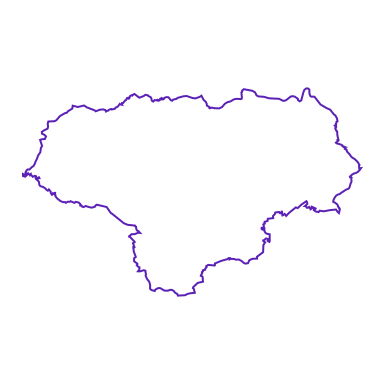 outline of Boiu Mare, Maramures, Romania
{"feature_id": "2599482B25280106664114", "entity_name": "Boiu Mare", "entity_type": "district", "adm_level": 2, "iso_a3": "ROU", "parent_name": "Romania", "parent_adm1": "Maramures", "projection": "natural_earth1", "projection_center": [23.582, 47.399], "detail": "fine", "context": "isolated", "style": "outline", "palette": "violet", "viewbox_px": 384, "rotation_deg": 0, "n_neighbors": 0, "source": "geoboundaries", "source_scale": "gbopen_adm2", "svg_char_len": 5927}
<svg xmlns="http://www.w3.org/2000/svg" viewBox="0 0 384 384"><path d="M338.9,213.1L339.9,209.1L339.1,208.5L339.2,207.7L338.0,206.6L337.8,205.3L336.9,204.1L334.9,202.6L333.2,201.8L333.4,200.4L334.4,198.1L335.9,195.9L337.5,194.7L339.9,194.0L340.8,193.1L346.0,189.7L348.8,188.5L349.5,187.3L350.6,183.6L351.5,181.7L351.3,178.2L351.6,177.6L350.8,176.9L350.1,177.2L349.9,176.7L352.3,174.4L354.2,173.4L355.7,173.1L357.7,172.0L359.5,170.2L361.0,168.1L359.2,168.3L359.0,165.8L359.5,165.0L357.8,162.1L354.6,159.0L352.1,157.5L351.1,156.5L349.6,154.3L346.9,151.4L346.7,150.0L345.0,149.0L345.5,148.4L343.5,146.9L344.4,146.8L342.5,146.0L342.3,145.3L341.6,144.8L336.5,143.3L335.9,142.7L337.6,141.3L337.5,140.9L338.1,140.6L337.8,140.1L338.5,140.1L337.4,135.5L337.1,131.3L336.5,131.1L335.3,128.7L335.4,127.4L336.0,127.5L336.2,127.0L335.3,126.0L335.9,126.0L336.2,125.1L336.1,124.7L335.6,125.1L335.6,124.1L336.5,122.7L336.5,121.8L337.5,121.3L337.0,118.5L335.4,115.5L333.9,114.4L330.2,109.7L326.6,108.1L320.5,104.5L314.7,97.0L314.0,96.6L311.3,96.7L310.4,96.1L309.5,93.9L309.3,89.6L308.4,88.7L307.7,88.4L306.3,88.4L304.4,89.8L303.4,92.3L301.3,100.3L299.7,101.3L297.9,100.0L297.9,98.9L297.0,98.2L294.9,96.7L293.0,96.2L290.8,96.5L285.8,100.4L283.3,100.9L279.1,98.8L269.0,98.3L263.9,96.8L258.4,96.4L256.5,95.3L255.1,92.4L252.4,90.8L243.8,89.2L242.1,90.6L242.1,91.8L241.4,92.4L241.9,97.6L241.6,98.8L240.5,99.1L236.5,98.8L233.8,99.4L230.5,101.4L227.4,102.2L224.8,103.8L222.1,107.0L219.2,108.4L214.5,108.2L211.9,107.6L210.0,108.3L209.4,108.1L209.4,107.0L206.9,105.6L206.7,103.8L205.9,102.0L203.6,99.8L201.4,95.7L199.9,96.8L195.4,98.4L192.5,98.0L186.6,96.0L183.4,96.3L177.5,97.9L176.6,98.8L173.0,99.7L172.3,100.7L170.9,100.3L168.5,97.3L166.4,97.1L164.3,97.9L163.8,99.1L163.0,99.4L161.9,99.3L162.5,98.6L161.5,98.0L160.7,98.9L160.2,98.8L159.9,99.2L160.2,99.7L159.3,99.9L159.1,100.4L158.1,100.1L157.9,100.6L157.1,99.8L156.1,100.4L154.5,100.1L153.4,101.5L152.4,101.2L151.7,100.3L151.3,98.2L150.5,97.0L148.4,96.1L147.9,95.3L145.4,94.8L143.6,96.1L139.3,97.7L134.5,94.0L133.6,94.3L132.4,95.5L132.0,95.1L130.2,95.9L129.6,97.3L128.7,97.6L128.6,98.3L128.9,98.6L128.7,98.7L128.3,98.6L128.2,97.9L127.1,98.0L125.9,100.2L125.2,100.4L123.0,103.1L122.0,103.1L122.0,103.8L121.3,104.2L121.7,104.7L120.0,104.4L119.7,104.0L117.7,106.7L115.5,107.7L115.0,108.7L111.8,109.5L111.5,109.0L110.9,109.1L109.1,109.7L108.3,110.6L106.7,110.9L106.0,111.5L105.3,110.0L103.0,109.4L99.9,109.7L95.7,111.3L94.6,110.3L86.9,107.4L84.1,105.5L77.8,107.0L72.7,105.7L72.3,108.6L68.0,111.2L66.9,112.7L64.9,113.2L60.0,116.0L56.4,120.2L54.6,121.2L48.3,121.5L47.7,124.0L48.1,126.5L47.6,128.6L43.5,130.7L41.8,132.0L42.0,133.6L44.5,134.9L46.0,136.4L44.9,139.0L41.7,139.3L40.1,139.9L42.1,146.0L40.9,148.0L40.3,152.3L38.1,155.5L36.9,159.0L35.6,161.4L34.7,164.0L33.5,166.0L31.5,167.4L29.5,169.5L27.8,169.4L26.6,170.3L25.5,172.5L26.1,173.1L25.3,174.3L24.0,174.5L23.0,174.0L23.0,176.0L25.2,176.7L27.7,174.3L28.1,173.5L28.4,174.1L29.2,174.4L30.3,174.0L29.9,174.9L30.1,175.4L31.2,174.9L32.7,176.8L34.8,175.8L35.9,176.1L36.3,177.1L35.5,177.9L36.0,179.0L38.2,178.1L38.5,177.4L39.0,177.3L39.4,178.2L38.2,178.3L37.1,179.9L38.9,181.7L39.4,185.0L40.3,186.1L43.2,187.0L45.5,188.6L45.9,189.3L47.8,190.7L48.4,190.4L48.9,189.5L50.6,191.5L50.8,193.0L51.6,193.7L51.6,194.6L51.9,194.8L53.0,193.2L53.8,194.0L54.7,192.9L55.1,192.9L54.9,194.5L55.5,195.0L55.3,195.9L55.6,196.4L56.9,198.2L60.4,201.0L62.9,202.1L65.2,202.1L65.9,202.8L68.0,201.7L69.8,201.8L70.6,201.2L74.4,202.9L75.7,201.9L76.7,202.0L78.9,202.7L80.1,203.8L80.1,204.7L80.7,204.9L80.5,205.6L81.8,205.8L82.1,206.6L83.6,207.1L85.5,206.0L90.2,207.4L92.2,207.6L95.2,206.5L95.3,205.7L96.8,204.7L106.6,207.0L110.8,213.0L112.4,214.0L123.8,223.2L127.6,224.8L135.0,225.6L135.3,226.4L136.0,226.7L136.3,229.1L137.1,230.6L138.4,231.1L140.0,232.9L138.4,232.7L134.4,234.2L131.6,234.2L129.1,236.3L129.1,236.7L130.0,236.9L134.7,241.9L134.6,242.3L132.9,243.2L134.4,246.9L133.6,247.0L133.8,247.5L133.3,247.6L133.8,251.6L135.8,256.9L134.1,258.2L134.1,261.3L137.3,263.6L137.4,264.2L136.7,265.2L138.2,266.8L139.5,267.3L139.3,269.5L138.0,271.3L139.9,271.4L143.4,270.3L144.6,270.4L145.5,270.9L145.4,271.6L146.0,274.3L145.6,275.7L147.2,279.2L149.2,281.7L150.1,284.8L150.1,288.8L151.4,290.0L154.7,291.0L154.9,290.2L156.4,288.9L158.7,288.0L160.6,288.3L164.3,290.6L167.9,290.7L170.0,289.9L171.9,289.9L173.8,291.0L175.2,292.8L177.3,294.0L177.9,295.6L185.1,295.2L187.6,293.9L190.2,293.3L194.8,292.8L193.8,288.9L192.9,288.1L193.1,287.3L197.7,282.9L203.0,281.7L202.6,276.9L202.1,276.3L200.8,275.8L200.8,275.5L202.1,273.3L201.9,272.6L202.1,271.9L202.8,271.7L203.1,271.2L202.9,270.3L205.2,269.7L205.1,268.9L206.6,267.0L206.2,266.2L208.1,264.9L214.6,265.5L214.9,265.2L214.9,263.5L221.1,260.9L227.2,259.2L228.6,258.1L229.9,258.1L229.7,259.3L230.6,258.9L232.3,258.9L234.5,259.1L235.9,259.7L238.8,259.5L241.6,261.0L243.9,263.0L245.3,263.6L248.0,263.2L249.3,260.3L252.2,258.8L257.1,258.6L257.0,256.7L263.1,252.2L263.4,245.0L265.2,242.3L263.5,241.3L263.2,240.4L264.4,240.0L265.8,238.6L266.4,238.5L268.1,239.1L268.3,239.6L267.6,240.7L267.9,241.1L269.4,241.9L269.7,241.1L269.7,234.3L266.4,233.6L265.0,232.2L264.5,231.1L264.4,229.0L263.3,229.8L262.8,229.7L261.7,229.1L261.5,228.1L262.0,227.6L263.9,228.3L263.8,225.9L263.3,224.4L264.8,223.6L264.4,222.3L264.6,221.8L267.5,221.0L267.8,218.8L273.2,218.1L273.0,216.7L273.1,215.9L274.7,214.3L275.3,212.5L279.1,212.0L279.9,213.2L280.5,213.3L281.3,212.8L281.5,211.7L282.0,211.7L282.4,215.4L283.0,215.3L284.7,213.9L286.2,215.9L289.0,212.9L295.8,207.4L297.7,208.1L301.4,204.6L306.4,201.2L307.1,202.3L307.3,204.0L304.9,206.1L305.7,206.2L306.3,206.6L306.6,207.6L307.1,207.8L308.2,207.7L309.1,206.9L309.9,207.7L310.5,209.3L312.0,208.3L311.9,206.8L315.3,208.3L315.6,208.5L315.3,209.0L313.9,209.4L313.8,210.2L316.4,211.8L317.4,211.7L318.6,212.1L319.6,210.7L323.7,211.3L329.6,210.2L336.0,209.5L337.3,211.5L338.9,213.1Z" fill="none" stroke="#5b21b6" stroke-width="2"/></svg>